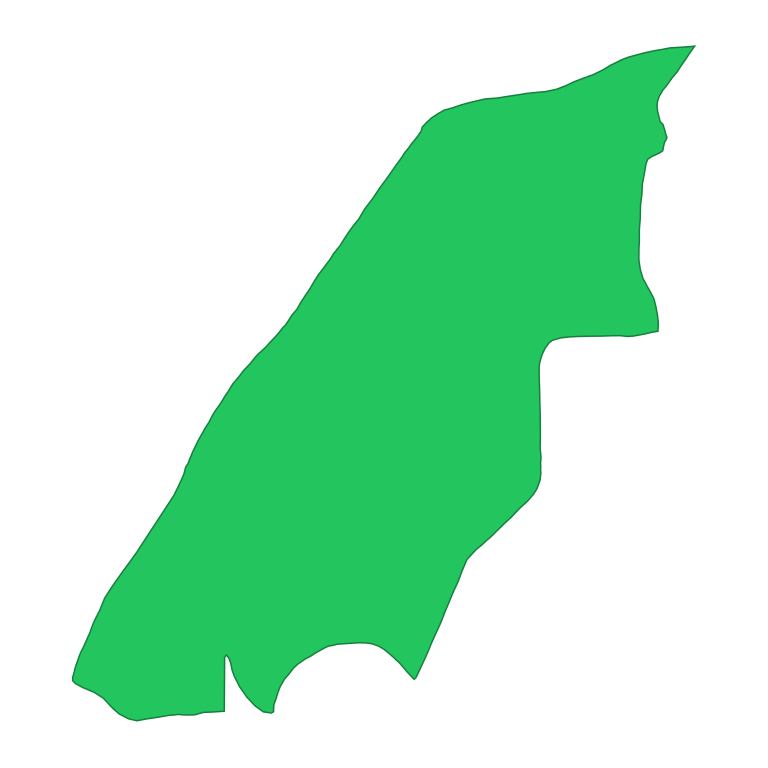 Kien Svay, Kândal, Cambodia, rotated 269°
{"feature_id": "14789045B56719191672618", "entity_name": "Kien Svay", "entity_type": "district", "adm_level": 2, "iso_a3": "KHM", "parent_name": "Cambodia", "parent_adm1": "Kândal", "projection": "albers", "projection_center": [105.145, 11.423], "detail": "fine", "context": "isolated", "style": "filled", "palette": "green", "viewbox_px": 768, "rotation_deg": 269, "n_neighbors": 0, "source": "geoboundaries", "source_scale": "gbopen_adm2", "svg_char_len": 3889}
<svg xmlns="http://www.w3.org/2000/svg" viewBox="0 0 768 768"><g transform="rotate(269 384 384)"><path d="M716.4,700.5L716.1,697.3L715.6,688.2L715.1,676.2L713.8,668.7L712.5,660.0L710.6,650.5L708.5,641.9L706.5,634.1L704.0,627.1L701.6,622.2L698.9,616.3L694.3,608.5L689.7,598.7L685.9,587.7L683.0,579.7L679.0,570.8L675.5,561.0L673.5,550.1L672.9,541.5L672.0,531.3L670.9,524.0L669.5,513.2L667.9,501.9L667.6,496.1L667.2,489.9L665.8,483.4L663.9,474.7L663.2,471.7L662.1,467.4L658.7,456.6L656.7,448.9L653.2,442.5L649.1,436.0L644.3,430.7L640.3,426.8L636.3,425.6L634.1,424.1L631.5,422.3L626.6,418.3L623.9,415.8L619.4,412.6L614.6,408.5L610.4,405.8L606.8,403.1L602.2,399.6L596.1,395.2L589.1,390.1L580.0,383.1L570.1,376.3L559.4,367.8L549.4,361.7L541.9,355.4L536.1,351.1L530.4,347.2L523.1,342.5L519.3,339.2L516.8,337.3L515.6,336.1L513.8,335.0L509.4,332.1L505.3,328.9L500.5,325.2L494.1,320.1L487.7,315.9L480.0,311.3L473.5,306.6L465.7,301.4L460.4,298.4L454.2,292.9L448.6,289.3L447.1,288.2L444.3,286.2L441.8,283.5L440.3,282.3L436.5,279.3L433.2,276.3L430.5,273.6L427.8,270.9L423.4,266.9L420.0,263.2L416.3,258.9L412.6,255.4L407.0,250.8L403.2,247.1L399.1,243.1L394.7,239.8L390.7,236.3L388.4,234.3L386.7,232.8L383.6,230.8L379.3,228.1L374.9,224.9L370.6,222.3L364.5,218.1L360.8,215.3L356.2,212.3L348.6,208.2L343.0,204.4L336.3,200.5L330.5,197.1L319.4,191.5L314.0,189.2L311.7,188.1L309.4,187.3L308.0,186.8L305.4,184.9L303.5,184.0L297.8,182.5L290.6,179.2L284.1,176.0L276.4,172.0L271.0,168.4L224.7,136.9L221.1,134.6L207.2,124.2L202.2,120.3L196.3,116.0L190.7,111.8L185.6,108.2L181.9,105.7L177.9,103.1L174.8,101.0L168.6,98.3L162.8,95.9L155.9,92.2L150.7,89.6L144.4,87.0L140.8,85.7L136.9,83.9L126.0,78.8L121.2,76.2L118.0,74.8L107.4,70.9L105.4,70.2L101.3,69.2L96.5,67.7L92.9,67.5L89.9,70.2L85.8,77.4L80.8,88.8L74.9,97.7L64.0,107.6L58.7,113.5L53.7,122.7L51.6,131.1L53.2,140.3L54.8,152.4L55.7,158.3L56.6,164.1L56.7,168.0L57.2,172.4L56.9,175.3L56.5,180.3L56.5,189.0L58.8,197.6L59.0,206.2L59.6,218.6L113.5,219.9L115.8,221.7L112.6,224.1L107.9,225.8L100.4,227.2L94.2,229.3L83.6,234.5L73.2,241.5L64.3,249.6L58.3,257.6L57.0,265.7L58.3,267.9L61.5,268.0L65.3,268.3L71.6,270.7L77.8,272.7L83.2,274.9L90.4,279.2L95.6,283.8L101.6,288.6L105.4,292.9L110.6,300.7L113.1,305.9L116.3,310.9L119.3,316.5L121.4,320.4L123.0,324.2L123.4,327.6L124.6,332.5L124.9,337.6L125.3,345.0L125.7,354.3L125.4,361.8L124.4,367.8L122.0,374.1L118.8,379.3L114.2,384.7L111.6,387.5L110.1,389.3L107.9,391.3L105.2,394.3L99.9,398.8L95.7,402.1L92.3,405.3L90.0,407.2L88.2,409.1L89.9,410.8L94.7,413.3L102.1,416.9L110.1,420.8L118.3,424.5L123.3,426.6L130.0,429.7L136.8,433.0L145.0,436.9L154.4,440.7L164.6,445.2L173.5,449.0L185.7,454.9L194.6,458.3L207.0,463.8L211.3,467.9L216.8,473.2L222.5,480.3L225.2,483.1L228.9,487.7L235.0,494.1L242.0,501.5L248.5,508.8L257.2,517.3L264.0,525.1L271.5,531.8L277.0,535.3L285.3,538.4L292.3,539.3L296.0,539.1L299.1,539.3L301.7,539.1L307.0,539.7L312.3,539.4L317.7,539.0L326.6,539.4L334.3,539.5L345.7,539.6L353.6,539.6L363.1,539.5L373.9,539.5L386.8,539.3L392.5,539.3L398.3,539.4L402.8,540.1L406.8,541.3L411.4,542.9L417.2,545.9L422.3,549.8L424.7,553.1L426.9,560.9L427.5,566.2L427.8,569.6L428.1,577.8L428.2,590.3L428.1,601.9L428.3,613.6L428.2,620.9L427.3,628.5L427.5,633.7L428.8,641.7L429.8,647.2L431.1,652.9L431.9,658.8L436.0,659.1L440.8,659.3L448.3,658.6L457.0,657.1L464.0,655.5L469.8,652.8L476.6,649.1L485.2,644.7L494.3,642.2L503.7,641.0L515.3,641.3L522.4,641.8L533.7,642.0L545.1,643.1L558.4,643.6L569.6,645.2L579.3,645.8L591.4,648.3L599.6,649.8L604.2,651.7L606.5,655.3L609.0,660.8L610.6,664.2L612.3,666.8L616.5,667.6L621.0,668.8L623.4,670.4L625.5,671.2L629.8,669.8L632.8,669.2L635.2,668.5L636.6,668.0L638.6,667.5L641.7,664.6L646.1,663.7L651.2,662.4L656.7,661.8L661.4,662.3L667.1,664.3L673.2,668.1L677.3,671.7L684.9,677.3L691.1,682.7L697.3,686.8L703.3,691.2L709.7,695.6L716.4,700.5Z" fill="#22c55e" stroke="#15803d" stroke-width="1.5"/></g></svg>